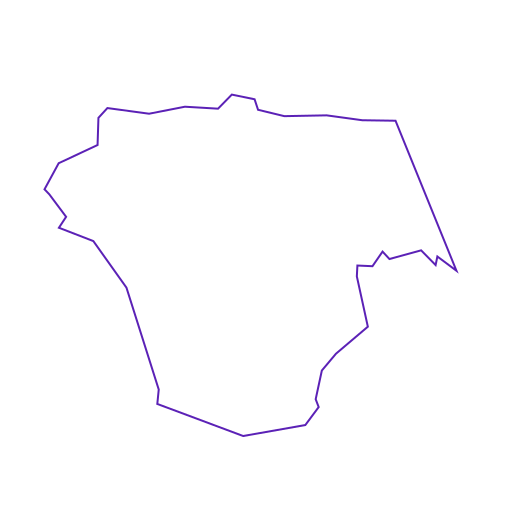 Barbour, West Virginia, United States of America (orthographic projection), rotated 258°
{"feature_id": "52423323B50280132213265", "entity_name": "Barbour", "entity_type": "district", "adm_level": 2, "iso_a3": "USA", "parent_name": "United States of America", "parent_adm1": "West Virginia", "projection": "orthographic", "projection_center": [-79.996, 39.125], "detail": "fine", "context": "isolated", "style": "outline", "palette": "violet", "viewbox_px": 512, "rotation_deg": 258, "n_neighbors": 0, "source": "geoboundaries", "source_scale": "gbopen_adm2", "svg_char_len": 626}
<svg xmlns="http://www.w3.org/2000/svg" viewBox="0 0 512 512"><g transform="rotate(258 256 256)"><path d="M131.8,128.7L82.6,206.0L80.4,269.1L95.2,285.9L103.5,284.6L130.3,296.6L143.8,313.9L163.6,350.7L215.1,350.4L225.6,353.2L221.8,367.8L234.0,380.7L225.3,385.9L227.2,418.7L209.8,429.8L217.8,433.3L199.9,449.0L359.3,420.6L366.7,388.2L378.9,354.3L386.9,312.8L398.6,288.4L409.6,287.2L418.9,265.9L408.0,249.5L416.8,217.5L417.4,181.0L431.6,141.4L423.9,130.6L397.5,124.1L387.8,82.3L365.2,63.0L359.4,66.6L333.8,78.4L324.6,69.1L304.4,100.0L252.0,122.7L145.6,133.1L131.8,128.7Z" fill="none" stroke="#5b21b6" stroke-width="2"/></g></svg>